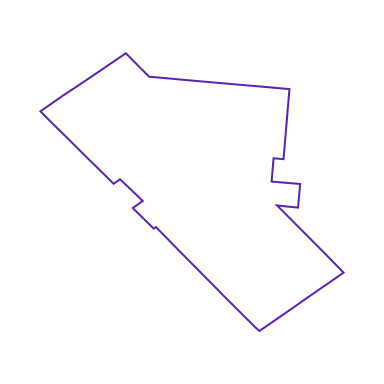 the district of General Donovan, Chaco, Argentina, rotated 95°
{"feature_id": "61730980B89470085473651", "entity_name": "General Donovan", "entity_type": "district", "adm_level": 2, "iso_a3": "ARG", "parent_name": "Argentina", "parent_adm1": "Chaco", "projection": "equal_earth", "projection_center": [-59.356, -27.157], "detail": "fine", "context": "isolated", "style": "outline", "palette": "violet", "viewbox_px": 384, "rotation_deg": 95, "n_neighbors": 0, "source": "geoboundaries", "source_scale": "gbopen_adm2", "svg_char_len": 1149}
<svg xmlns="http://www.w3.org/2000/svg" viewBox="0 0 384 384"><g transform="rotate(95 192 192)"><path d="M68.5,281.0L92.3,310.2L106.5,328.1L108.7,330.8L109.1,331.2L110.3,332.7L116.9,340.5L120.1,344.4L124.7,349.9L124.8,350.0L129.6,344.4L131.8,341.8L137.0,335.6L137.4,335.1L138.7,333.5L142.5,328.9L143.7,327.5L146.3,324.3L146.4,324.2L146.5,324.0L149.5,320.5L149.5,320.4L156.7,311.8L160.0,307.9L160.6,307.1L161.2,306.4L163.1,304.2L165.4,301.4L185.4,277.1L187.6,274.5L190.6,270.8L188.9,268.8L185.6,264.8L195.3,252.6L201.8,244.5L205.2,240.3L210.9,247.0L213.1,249.6L213.7,249.0L214.7,247.7L231.2,227.7L231.8,227.0L231.4,226.6L230.0,224.9L232.6,221.9L254.5,196.4L258.2,192.0L258.4,191.8L287.7,157.1L291.2,153.2L321.5,116.9L324.5,112.7L321.4,108.9L294.7,76.7L291.2,72.7L259.4,34.3L259.1,34.0L243.1,52.6L242.5,53.3L214.0,87.1L202.8,100.4L198.0,106.1L198.1,99.5L198.3,85.0L189.6,85.0L174.6,85.0L174.6,91.8L174.7,113.6L151.3,113.7L151.3,110.1L151.3,106.6L151.3,103.7L142.9,103.7L142.5,103.7L81.0,103.9L81.0,171.5L81.0,198.0L81.0,216.2L80.9,222.5L80.9,244.7L71.8,255.6L59.5,270.0L61.4,272.3L68.5,281.0Z" fill="none" stroke="#5b21b6" stroke-width="2"/></g></svg>